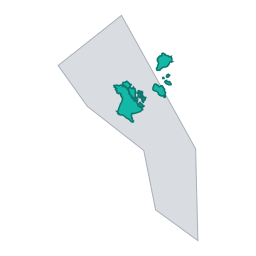 location of Central 2 Mahe, Mont Fleuri, Seychelles
{"feature_id": "34574756B38092183622343", "entity_name": "Central 2 Mahe", "entity_type": "district", "adm_level": 2, "iso_a3": "SYC", "parent_name": "Seychelles", "parent_adm1": "Mont Fleuri", "projection": "robinson", "projection_center": [55.478, -4.632], "detail": "fine", "context": "in_parent", "style": "filled", "palette": "teal", "viewbox_px": 256, "rotation_deg": 0, "n_neighbors": 0, "source": "geoboundaries", "source_scale": "gbopen_adm2", "svg_char_len": 5773}
<svg xmlns="http://www.w3.org/2000/svg" viewBox="0 0 256 256"><path d="M195.6,148.8L197.9,240.6L155.6,209.9L143.8,150.5L87.3,106.3L58.1,65.5L121.5,15.4L195.6,148.8Z" fill="#d9dde1" stroke="#a8b0b8" stroke-width="1"/><path d="M123.0,85.2L121.9,84.9L121.3,85.3L120.2,85.1L119.9,85.4L119.4,85.9L117.9,85.4L117.2,85.1L114.0,85.5L114.3,86.0L114.3,86.5L114.1,86.8L114.2,87.1L114.5,87.2L114.7,86.9L115.5,87.2L115.9,87.9L116.6,88.3L115.7,88.7L115.3,89.2L115.6,89.7L116.1,90.1L116.2,90.6L116.6,90.5L117.0,90.7L117.0,91.3L116.8,91.8L117.1,93.0L117.9,93.2L118.5,93.6L118.8,93.2L119.4,93.5L119.8,93.3L120.8,93.9L121.5,94.6L120.5,94.3L120.9,94.8L121.0,95.1L120.7,95.4L121.5,96.8L121.7,96.6L122.0,97.0L122.4,98.5L122.7,98.5L121.5,102.4L120.6,103.6L117.7,111.6L116.9,111.5L118.9,113.8L118.2,113.9L118.6,114.3L120.7,115.0L121.3,115.0L122.4,114.8L124.3,116.0L126.5,118.0L129.2,119.4L131.2,121.7L133.0,122.1L133.0,121.7L133.5,121.0L132.4,119.7L132.3,118.1L131.6,117.9L131.7,116.8L131.4,116.1L131.5,115.6L131.6,113.7L132.6,113.7L132.7,113.3L133.8,113.6L134.5,113.4L140.4,111.5L141.9,110.0L142.6,109.8L142.8,109.4L140.5,106.9L140.0,106.8L139.6,107.1L139.2,106.6L138.9,106.6L138.3,106.1L137.8,105.5L138.0,105.3L136.5,102.0L136.0,101.5L135.7,101.5L135.2,101.1L134.3,100.0L133.9,100.4L133.9,99.6L133.4,99.1L133.3,98.0L134.3,97.9L135.2,96.6L136.1,97.4L135.3,98.8L135.3,99.6L136.9,100.9L137.6,102.1L137.4,99.5L137.7,99.3L136.6,97.8L136.9,97.5L136.5,97.6L135.2,96.4L135.3,92.9L135.1,92.7L135.5,91.3L134.9,88.6L134.5,88.3L134.2,88.3L133.5,88.8L132.9,88.2L133.5,87.4L133.4,87.1L132.2,88.6L131.7,88.6L130.0,87.0L128.1,89.3L127.8,88.8L130.4,85.9L131.2,84.7L130.8,84.4L130.8,84.1L130.5,83.7L130.8,84.4L129.6,84.3L129.1,83.6L129.2,83.3L126.9,81.2L125.8,81.9L125.6,81.8L125.2,82.4L122.9,82.5L123.0,85.2ZM123.0,85.2L124.9,86.2L126.1,87.0L128.7,90.2L129.2,91.5L129.6,93.2L130.4,94.7L130.4,95.0L129.5,93.9L129.7,93.7L129.3,93.2L129.0,93.4L129.0,93.2L129.3,93.1L129.3,92.9L129.1,92.9L128.9,92.5L129.1,92.4L128.9,92.2L129.0,91.7L128.4,90.1L127.8,89.5L127.7,89.8L127.5,89.7L127.6,89.3L127.0,88.4L125.6,87.1L123.5,86.3L123.6,86.0L123.3,85.8L122.9,86.1L123.0,85.8L122.7,85.6L123.1,85.4L123.0,85.2ZM131.0,96.5L130.5,95.4L130.6,95.2L131.1,95.5L131.7,96.4L133.2,98.0L133.3,99.1L133.0,99.5L133.1,99.2L132.3,98.4L132.4,98.2L131.5,97.4L131.5,97.0L131.0,96.5ZM163.7,53.4L162.6,53.1L161.8,53.8L161.8,54.3L162.1,55.2L162.0,55.6L160.5,56.2L160.2,56.1L160.1,55.8L159.9,55.9L159.1,56.8L158.9,56.8L158.7,57.6L158.2,57.6L157.8,58.4L157.6,58.4L157.6,59.3L157.3,59.4L157.2,59.9L157.6,60.9L157.5,61.3L157.6,61.6L158.3,61.8L158.6,63.4L157.8,65.3L157.3,67.5L156.5,68.1L156.8,68.5L156.6,69.8L157.1,70.1L157.2,70.3L157.8,70.4L159.6,70.0L159.8,70.2L161.0,68.8L161.8,68.3L161.8,68.0L162.2,67.6L163.2,67.4L164.0,67.0L164.5,67.0L164.9,67.2L165.1,67.0L165.9,66.9L166.7,66.4L167.4,66.4L167.7,66.1L167.7,65.6L167.9,65.6L168.7,64.2L169.2,64.0L169.2,63.6L170.1,61.7L170.8,61.9L171.4,61.6L171.6,62.0L172.2,61.7L171.7,61.6L171.7,61.3L172.0,61.1L171.8,60.4L171.9,58.5L171.6,58.3L171.3,57.1L170.8,56.9L170.9,56.7L170.3,57.0L169.9,56.6L169.7,56.8L169.1,56.4L168.6,56.5L168.1,55.8L167.8,55.9L167.4,55.6L165.3,55.0L165.0,54.8L165.2,54.5L164.9,54.1L164.5,54.2L163.7,53.4ZM155.8,84.1L154.6,84.2L154.5,84.7L154.2,84.8L154.1,85.3L153.8,85.6L153.7,86.4L153.3,86.7L153.3,87.4L152.9,87.8L152.9,89.4L153.2,90.1L154.3,90.7L156.6,91.3L157.3,91.8L158.4,93.1L158.3,93.8L158.5,94.2L159.3,94.7L159.6,95.3L160.5,95.3L161.1,96.0L162.2,95.8L162.5,96.0L163.4,95.9L164.2,95.1L164.5,95.1L165.0,94.8L165.3,94.3L165.3,93.7L165.6,92.6L165.1,91.8L164.8,91.6L164.4,91.1L164.5,90.5L164.2,90.3L164.2,90.0L164.3,89.4L164.6,89.2L163.6,88.1L163.3,87.3L162.9,87.2L162.9,86.9L162.7,86.9L162.3,85.9L161.7,85.7L160.9,85.7L160.5,86.3L159.7,86.8L159.0,86.8L158.5,86.4L158.6,85.9L158.3,85.8L158.0,85.2L156.5,84.6L156.3,84.3L155.9,84.3L155.8,84.1ZM140.2,92.2L140.7,91.7L140.0,91.0L138.3,90.7L138.3,91.1L138.6,91.1L138.4,91.5L139.2,91.8L139.1,92.5L138.6,92.8L137.8,92.6L137.9,92.4L137.0,92.4L137.0,93.1L137.2,93.4L138.7,93.7L138.8,94.0L138.6,94.1L138.8,94.8L138.4,95.1L138.5,95.3L138.2,95.6L138.5,95.8L138.1,96.4L139.2,97.7L139.7,97.5L140.0,97.2L140.6,97.6L141.0,97.2L141.1,96.8L140.4,96.4L140.6,95.9L142.6,97.9L142.1,98.4L141.7,98.0L141.9,97.8L141.5,97.3L140.9,97.9L142.0,99.4L142.3,99.2L142.5,99.6L142.0,100.0L142.4,100.3L142.4,100.8L142.1,101.1L142.4,101.5L142.6,101.0L142.9,101.4L142.7,101.7L143.3,102.3L143.8,101.5L143.4,101.0L143.1,100.4L143.6,100.1L144.7,100.2L145.2,99.5L145.5,97.9L145.3,97.7L144.5,98.2L143.9,97.9L144.0,97.4L144.7,97.2L143.6,96.9L143.2,96.3L142.9,96.0L142.6,95.0L141.8,95.3L142.2,96.4L141.2,95.8L140.9,95.1L140.9,94.5L141.3,94.2L141.9,94.9L142.5,94.7L142.3,94.1L142.5,93.0L141.8,93.5L141.5,93.0L141.4,92.7L141.6,92.4L142.1,92.3L142.3,92.0L141.9,91.5L141.5,92.3L141.1,92.0L140.5,92.2L140.7,92.4L140.6,93.2L140.8,93.3L140.6,93.9L139.5,93.5L139.6,93.3L139.2,93.2L139.6,91.8L140.2,92.1L140.2,92.2ZM166.0,80.6L165.4,80.8L164.8,81.9L165.3,82.0L165.4,82.9L165.8,83.1L166.2,83.7L168.8,84.8L170.5,84.8L170.7,85.0L170.9,85.2L170.8,84.9L171.1,84.7L171.1,84.3L170.9,83.4L170.4,83.2L170.3,82.8L170.0,82.3L169.7,82.2L169.5,81.6L169.1,81.6L169.0,81.8L168.8,81.8L168.3,81.5L167.3,81.5L166.8,80.8L165.9,80.8L166.0,80.6ZM144.1,106.0L143.9,105.9L144.0,105.5L143.8,105.8L143.2,105.5L141.5,103.9L141.9,103.1L141.4,103.8L140.0,102.3L138.6,103.7L140.3,105.5L142.6,107.1L143.5,106.7L144.1,106.0ZM168.4,74.3L167.2,74.7L167.1,75.0L166.4,76.2L166.6,77.0L167.5,77.3L168.4,76.9L168.9,76.4L168.9,75.9L169.6,75.5L169.7,75.1L168.7,74.6L168.4,74.3ZM165.3,95.9L164.5,96.2L164.4,96.0L163.8,96.8L163.8,97.0L164.4,97.4L164.7,97.1L164.8,97.3L165.2,97.1L165.5,96.6L165.3,95.9ZM163.9,77.7L163.1,77.3L162.7,77.6L162.9,78.6L164.0,78.5L163.9,77.7Z" fill="#14b8a6" stroke="#0f766e" stroke-width="1.5"/></svg>